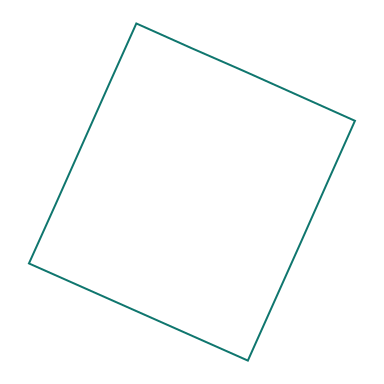 the district of Story, Iowa, United States of America, rotated 114°
{"feature_id": "52423323B9996743812881", "entity_name": "Story", "entity_type": "district", "adm_level": 2, "iso_a3": "USA", "parent_name": "United States of America", "parent_adm1": "Iowa", "projection": "robinson", "projection_center": [-93.545, 42.036], "detail": "fine", "context": "isolated", "style": "outline", "palette": "teal", "viewbox_px": 384, "rotation_deg": 114, "n_neighbors": 0, "source": "geoboundaries", "source_scale": "gbopen_adm2", "svg_char_len": 311}
<svg xmlns="http://www.w3.org/2000/svg" viewBox="0 0 384 384"><g transform="rotate(114 192 192)"><path d="M193.1,72.1L126.4,72.2L60.7,72.1L60.4,193.0L60.8,251.2L60.7,297.6L60.7,311.4L66.4,311.4L126.8,311.6L258.1,311.6L323.6,311.9L323.3,72.4L193.1,72.1Z" fill="none" stroke="#0f766e" stroke-width="2"/></g></svg>